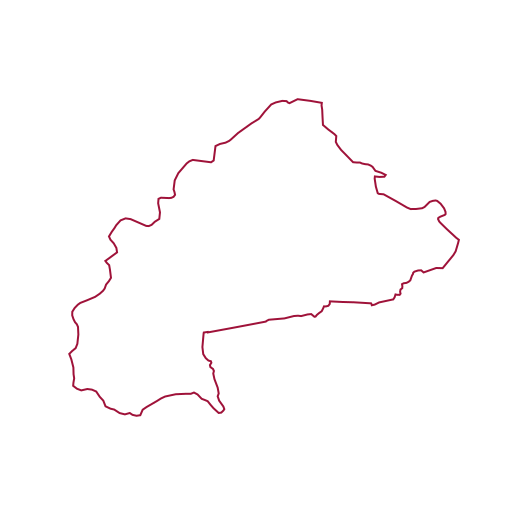 outline of Burkina Faso, rotated 350°
{"feature_id": "BFA", "entity_name": "Burkina Faso", "entity_type": "country or territory", "adm_level": 0, "iso_a3": "BFA", "parent_name": "Africa", "parent_adm1": "", "projection": "mercator", "projection_center": [-1.603, 12.251], "detail": "fine", "context": "isolated", "style": "outline", "palette": "rose", "viewbox_px": 512, "rotation_deg": 350, "n_neighbors": 0, "source": "natural_earth", "source_scale": "50m", "svg_char_len": 3166}
<svg xmlns="http://www.w3.org/2000/svg" viewBox="0 0 512 512"><g transform="rotate(350 256 256)"><path d="M382.4,322.6L369.2,323.1L364.4,324.5L361.5,324.6L361.4,323.4L361.1,322.6L344.4,318.6L332.7,316.2L320.9,313.5L320.3,316.0L318.6,317.6L316.0,317.8L314.2,317.4L313.0,319.3L311.1,321.8L308.3,323.1L305.7,324.6L304.1,326.0L303.0,326.0L300.3,322.8L296.7,322.5L290.0,323.0L287.0,322.1L282.9,321.7L273.1,322.4L257.6,321.0L255.0,321.8L254.3,322.3L238.9,322.5L222.0,322.7L207.8,322.8L195.3,322.9L195.3,322.4L191.3,322.3L190.9,323.4L187.4,336.4L187.0,343.5L188.8,347.9L191.0,350.7L193.3,351.8L193.5,353.4L191.7,355.4L191.8,357.5L194.0,359.7L194.6,361.9L193.5,364.3L193.7,370.0L195.4,379.0L195.4,384.9L193.9,387.5L194.6,392.1L197.7,398.5L198.2,401.3L197.1,402.5L194.6,404.2L192.0,404.1L189.0,400.2L187.7,398.5L185.3,394.5L183.2,390.6L180.4,388.8L177.7,387.2L174.4,382.2L171.2,379.7L167.8,380.4L162.8,379.5L152.9,378.2L142.1,378.6L137.7,379.8L133.3,381.6L122.1,385.7L117.7,387.7L114.4,392.7L110.6,392.6L106.8,391.0L104.4,388.7L99.4,389.2L94.4,387.0L89.7,382.6L86.2,381.1L81.7,377.9L80.5,371.9L77.7,367.6L75.1,361.7L71.2,359.1L66.8,357.7L60.6,358.0L56.6,355.6L53.4,352.1L54.2,349.1L55.7,344.9L55.8,340.8L56.8,334.1L56.2,325.8L55.1,320.0L58.5,317.6L62.4,315.4L64.8,311.5L67.4,302.6L68.4,294.9L67.7,292.1L66.3,289.8L65.3,286.5L64.7,282.5L65.4,279.0L68.4,275.7L72.1,273.0L74.8,271.7L81.8,270.3L90.5,268.3L95.6,266.0L99.3,263.7L101.3,261.8L103.4,258.1L106.8,255.2L109.4,252.3L109.8,244.1L109.8,239.5L107.9,236.9L106.8,234.7L119.8,228.3L119.9,223.8L118.1,218.8L115.5,214.7L114.6,211.2L118.2,207.1L121.4,204.0L123.7,201.4L128.8,197.4L134.1,196.3L138.9,197.9L153.1,207.3L155.6,207.9L158.6,207.2L162.3,204.7L167.2,202.7L169.0,196.4L168.8,187.1L169.9,182.8L172.5,182.1L180.6,183.9L182.8,184.0L185.1,183.4L186.9,181.7L186.8,178.7L186.4,176.1L189.1,167.4L193.9,160.9L203.8,152.8L206.8,151.2L210.4,150.4L228.0,155.9L230.9,154.6L235.2,140.7L240.0,139.4L245.7,139.1L249.5,138.0L251.4,137.0L259.8,131.7L274.6,124.6L282.5,121.5L284.1,120.3L289.8,115.2L297.3,109.4L302.1,108.2L308.8,107.8L313.0,108.8L314.1,110.4L315.5,111.3L324.2,108.8L336.6,112.7L347.4,116.6L346.7,119.1L346.6,123.4L345.7,130.3L344.7,138.6L349.1,143.9L354.4,149.6L355.9,151.8L354.4,157.5L355.4,160.8L358.2,166.3L363.0,173.3L367.9,180.5L371.3,181.4L374.6,182.0L376.5,183.3L379.4,184.5L382.3,185.3L384.7,186.9L386.3,188.5L388.4,192.9L393.9,195.8L397.8,198.7L396.2,200.2L391.4,199.6L386.9,198.3L386.3,200.4L386.1,208.5L386.8,215.3L387.9,216.2L392.4,217.4L403.3,226.2L413.1,234.5L416.4,236.6L421.8,237.5L427.9,237.8L430.5,237.0L436.4,232.9L439.6,232.4L442.5,232.5L444.0,233.2L446.9,236.6L449.5,241.7L450.3,245.5L450.0,247.6L449.1,248.3L444.3,249.3L442.2,250.1L441.7,251.2L442.4,253.8L443.4,255.4L448.7,262.8L456.3,272.8L458.6,275.3L457.3,278.3L453.4,286.1L450.5,289.4L437.7,300.4L431.4,299.1L418.2,301.3L416.2,298.8L413.2,298.4L409.3,298.9L407.9,299.8L407.5,300.9L406.2,302.4L403.7,306.8L401.8,307.9L399.5,308.6L396.6,308.5L394.9,309.1L394.9,311.2L394.4,313.1L392.5,314.1L391.7,316.2L391.8,318.2L390.7,319.2L388.2,318.7L386.7,318.1L385.3,320.8L383.6,322.6L382.4,322.6Z" fill="none" stroke="#9f1239" stroke-width="2"/></g></svg>